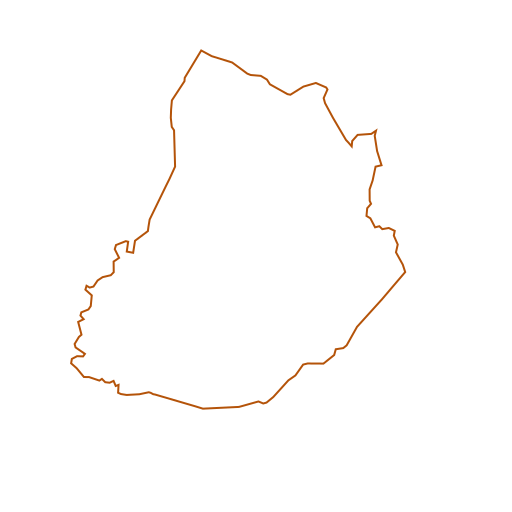 the district of Morovis, Puerto Rico, rotated 25°
{"feature_id": "32010507B35991649080507", "entity_name": "Morovis", "entity_type": "district", "adm_level": 2, "iso_a3": "PRI", "parent_name": "Puerto Rico", "parent_adm1": "", "projection": "mercator", "projection_center": [-66.426, 18.317], "detail": "fine", "context": "isolated", "style": "outline", "palette": "amber", "viewbox_px": 512, "rotation_deg": 25, "n_neighbors": 0, "source": "geoboundaries", "source_scale": "gbopen_adm2", "svg_char_len": 1740}
<svg xmlns="http://www.w3.org/2000/svg" viewBox="0 0 512 512"><g transform="rotate(25 256 256)"><path d="M140.9,433.5L151.2,438.4L155.8,436.3L166.7,435.1L168.3,432.5L172.7,434.1L176.9,432.7L179.7,429.4L183.8,433.1L185.9,430.9L188.8,438.2L191.9,438.2L197.5,436.6L208.7,430.6L216.4,424.8L218.4,424.5L221.2,424.7L223.1,424.2L264.4,417.9L272.4,416.8L304.3,400.0L306.2,398.4L319.7,386.8L324.9,386.6L327.5,384.4L331.3,376.4L337.9,355.0L342.2,347.6L344.6,334.5L348.2,331.6L362.6,325.0L368.7,312.7L367.7,306.8L374.0,302.6L375.9,298.7L377.5,277.5L388.5,241.9L393.3,224.4L397.0,211.1L398.0,207.5L392.7,201.8L381.3,193.5L379.6,185.7L372.3,179.3L371.1,174.6L364.5,174.5L359.1,178.3L355.2,176.9L351.8,179.7L343.7,173.5L339.2,173.0L336.6,165.7L338.2,160.1L335.7,157.9L330.8,147.6L329.8,138.3L326.6,124.5L331.4,120.7L321.4,109.7L312.8,96.9L311.8,91.7L308.9,96.6L296.9,103.3L294.6,111.1L296.4,116.2L292.0,114.2L288.5,112.8L267.3,98.2L254.0,88.3L250.6,84.3L250.4,74.9L248.4,73.6L237.1,73.9L230.5,79.7L227.4,82.4L219.0,95.3L216.1,96.0L196.0,94.5L191.4,91.5L184.2,90.7L174.7,94.2L171.0,94.4L152.6,90.7L131.4,93.6L119.5,92.9L116.1,124.6L117.3,127.8L114.0,150.5L117.1,159.0L120.4,166.8L125.1,174.6L128.6,176.7L144.9,209.2L145.0,222.8L144.8,230.7L144.2,267.9L146.2,275.0L147.5,279.1L139.9,293.3L143.3,305.0L137.0,306.6L134.1,297.1L131.7,297.6L124.5,305.2L125.1,309.5L132.7,315.5L130.8,318.8L129.3,321.2L133.9,330.8L132.5,334.8L125.9,340.0L122.8,345.1L121.6,352.4L118.6,354.9L115.0,354.6L115.6,358.6L123.8,361.1L127.4,371.2L126.7,375.3L121.5,380.9L122.1,384.2L126.5,386.1L122.7,390.9L131.1,401.1L129.7,404.2L128.8,412.4L131.1,415.1L142.3,417.0L141.7,420.1L136.2,422.4L132.6,427.1L133.8,431.4L140.9,433.5Z" fill="none" stroke="#b45309" stroke-width="2"/></g></svg>